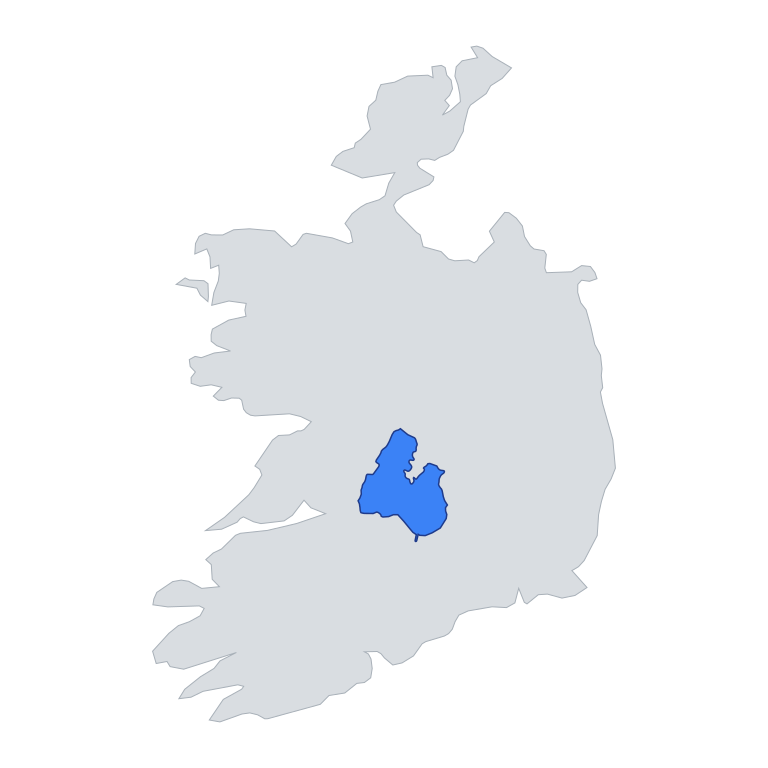 where North Tipperary sits in Ireland
{"feature_id": "IRL-724", "entity_name": "North Tipperary", "entity_type": "County", "adm_level": 1, "iso_a3": "IRL", "parent_name": "Ireland", "parent_adm1": "", "projection": "albers", "projection_center": [-8.01, 52.847], "detail": "fine", "context": "in_parent", "style": "filled", "palette": "blue", "viewbox_px": 768, "rotation_deg": 0, "n_neighbors": 0, "source": "natural_earth", "source_scale": "10m", "svg_char_len": 6479}
<svg xmlns="http://www.w3.org/2000/svg" viewBox="0 0 768 768"><path d="M486.2,93.6L470.5,105.0L468.1,109.2L463.8,126.4L463.3,131.3L453.5,150.3L447.9,154.2L439.5,157.4L434.7,160.4L428.7,158.9L421.1,159.2L417.3,162.6L417.5,165.2L419.8,168.2L433.9,176.9L433.1,180.5L429.1,184.7L403.8,195.0L396.3,201.1L393.6,205.2L396.3,212.0L416.6,232.5L420.1,234.8L423.1,246.7L441.1,251.6L448.5,259.0L454.8,260.8L468.6,260.0L474.2,262.8L477.3,260.6L479.0,256.7L494.3,242.0L489.4,231.2L504.7,212.4L508.9,212.7L516.3,218.2L522.4,226.0L524.5,236.5L530.3,245.8L534.0,249.0L544.0,250.7L546.3,254.4L544.8,268.1L546.4,272.7L571.6,271.8L581.6,265.6L590.4,266.5L594.9,272.5L597.0,278.7L589.5,281.3L581.6,280.2L577.8,284.4L577.7,292.4L580.7,302.7L586.1,309.8L590.7,326.2L594.7,344.4L600.5,355.2L602.0,368.9L601.3,375.6L602.7,387.7L600.4,392.0L602.5,403.3L612.8,439.7L615.4,468.2L611.1,479.0L605.1,489.3L601.4,501.5L598.6,514.6L597.2,535.6L584.2,560.5L578.5,566.7L571.9,570.6L587.0,587.5L575.1,595.4L562.0,598.1L547.4,594.1L538.3,594.7L527.0,603.9L524.3,602.3L518.7,588.3L514.9,602.9L506.5,607.6L492.1,606.8L468.2,610.9L458.9,615.1L455.1,621.6L452.3,629.2L448.6,633.6L444.4,636.0L425.8,641.6L422.1,643.8L413.5,655.9L402.1,662.9L392.8,665.0L384.4,657.9L381.0,653.7L377.2,651.5L364.4,651.8L368.4,654.0L371.0,659.0L372.2,668.5L370.7,677.8L364.4,682.5L356.8,683.4L344.8,693.0L329.0,695.5L320.3,704.3L267.8,718.7L264.8,718.8L257.6,714.8L249.8,712.9L242.0,714.0L219.9,721.9L209.3,720.0L223.3,699.4L241.7,689.2L243.7,686.3L237.8,684.8L203.1,691.3L191.0,697.2L178.9,698.7L184.7,689.3L200.5,676.7L214.1,668.4L220.0,660.9L236.4,652.5L183.7,669.2L170.1,666.6L167.0,661.5L156.2,663.5L152.6,651.2L168.9,633.3L178.4,625.6L189.4,621.7L200.1,615.8L204.2,608.4L199.3,605.9L167.8,606.9L152.9,604.8L153.9,598.9L156.8,592.4L172.7,581.6L181.2,580.1L188.7,581.3L201.7,588.4L219.4,586.7L212.2,579.3L211.3,564.6L205.8,559.6L213.2,553.0L221.5,549.0L235.5,535.3L240.4,533.3L267.5,530.4L296.7,523.5L325.6,513.7L310.9,507.8L304.0,500.2L292.4,515.3L284.1,520.9L260.9,523.6L253.6,521.8L243.4,516.9L240.2,518.6L237.1,522.2L221.6,529.2L205.5,530.6L224.5,517.4L248.8,494.8L254.2,487.6L261.9,475.0L259.7,469.3L254.9,466.0L272.5,440.1L278.5,435.5L289.5,434.9L297.5,430.9L301.0,430.9L304.2,429.4L311.3,421.7L300.6,416.5L289.5,413.8L255.0,415.9L250.5,415.2L246.3,412.7L243.6,409.2L241.7,400.2L239.2,398.2L231.5,398.0L223.8,400.6L218.4,400.2L213.3,396.1L221.9,387.3L211.2,384.8L200.2,386.3L191.2,383.3L191.1,377.6L195.4,372.0L190.2,366.5L189.3,359.6L195.1,356.4L201.3,357.7L214.2,353.0L230.5,351.0L216.7,345.6L211.2,341.2L211.1,334.7L212.4,329.1L228.7,320.1L246.0,316.3L244.9,310.1L246.2,303.4L228.9,301.0L211.7,305.3L213.9,292.5L218.3,281.0L219.3,273.4L218.7,265.2L210.6,268.4L210.0,256.9L206.8,248.9L194.8,254.0L195.5,243.5L199.1,236.3L205.3,233.3L211.4,234.9L222.7,235.0L233.7,229.8L249.5,228.8L274.6,231.0L291.6,246.8L296.1,244.1L303.1,234.4L306.4,233.3L332.3,237.9L348.4,243.7L352.8,242.0L350.5,231.1L345.0,223.5L352.1,213.7L360.6,207.1L366.3,203.8L379.3,199.7L385.0,195.8L388.8,183.1L394.8,172.6L362.2,178.0L331.3,165.2L336.3,156.4L342.9,151.4L354.2,147.7L355.3,143.1L361.0,139.3L370.5,129.2L367.1,116.0L369.0,106.4L375.8,100.2L377.9,91.2L380.9,84.6L394.6,82.2L407.7,76.1L427.9,75.2L433.1,77.7L431.9,66.8L441.4,65.4L445.1,67.5L446.8,75.2L451.1,80.1L452.5,88.7L449.6,95.3L444.8,100.4L449.3,105.6L442.4,115.1L449.9,111.0L460.4,101.7L459.8,94.2L457.9,84.7L454.9,76.2L456.2,66.8L462.1,60.8L477.6,57.7L471.1,47.1L476.8,46.1L483.0,48.2L492.1,56.5L511.5,67.9L502.2,78.4L490.7,85.7L486.2,93.6ZM208.4,296.6L207.9,301.6L200.4,295.1L196.9,288.2L176.2,284.4L185.1,277.9L189.3,280.0L203.9,280.7L208.0,283.7L208.4,296.6Z" fill="#d9dde1" stroke="#a8b0b8" stroke-width="1"/><path d="M436.8,466.0L437.9,468.0L438.6,468.9L439.0,469.3L439.9,469.9L440.5,470.2L443.4,470.6L444.0,470.8L444.3,471.2L444.4,471.8L444.1,472.5L443.7,473.1L441.8,474.5L441.0,475.3L440.7,475.7L439.6,477.9L439.3,478.7L439.1,479.8L439.0,481.9L438.6,483.8L438.6,484.6L438.9,485.6L439.9,487.2L440.6,488.1L441.5,489.1L442.2,490.9L443.3,496.6L444.4,500.0L445.0,501.2L447.4,505.0L445.5,507.7L445.6,511.1L446.8,514.5L446.2,518.6L440.3,528.0L432.2,532.8L425.2,535.6L419.7,535.3L418.2,534.3L416.7,540.7L416.3,541.3L415.7,541.5L415.3,541.3L415.1,540.5L416.3,534.6L413.0,532.4L411.0,530.1L403.7,521.2L397.8,514.7L393.4,514.7L388.6,516.6L382.9,517.0L381.3,516.3L381.1,515.7L380.8,514.8L380.1,513.9L378.4,512.6L377.4,512.2L376.5,512.1L373.2,513.5L364.2,513.4L362.1,513.0L360.9,512.6L360.3,510.8L360.2,510.1L359.9,506.8L359.8,506.5L359.7,505.9L359.5,504.2L359.1,503.1L358.1,500.8L359.9,498.0L361.3,494.2L361.1,490.1L362.2,487.1L362.2,486.2L362.5,485.3L362.7,484.6L364.7,481.7L365.1,480.7L365.5,479.6L366.2,476.1L366.6,475.0L367.2,474.4L367.8,474.3L372.2,474.5L372.8,474.4L373.5,473.8L378.6,466.8L379.0,465.8L379.2,465.0L379.0,464.4L378.7,463.9L378.2,463.6L376.7,462.6L375.9,461.7L376.3,460.1L379.7,455.1L381.0,452.6L381.3,451.2L381.9,450.4L382.8,449.4L385.7,447.2L386.7,446.0L387.6,444.6L389.3,441.4L392.2,434.5L394.0,431.7L396.1,430.6L398.5,430.0L400.4,428.7L407.8,434.7L414.5,437.8L415.0,438.4L415.5,439.1L416.0,440.5L416.5,442.2L416.7,442.8L417.1,443.9L417.1,444.5L417.1,444.9L416.9,445.3L416.5,446.3L416.3,446.9L416.2,447.6L416.1,448.3L416.2,449.7L416.1,450.4L415.9,451.0L415.5,451.4L415.0,451.6L413.7,451.9L413.2,452.2L412.9,452.7L412.7,453.3L412.5,454.0L412.4,454.7L412.4,455.3L412.5,456.0L412.7,456.6L412.9,457.2L413.5,458.0L413.7,458.4L413.9,458.7L414.1,459.1L414.0,459.7L413.7,460.1L413.2,460.3L412.6,460.3L410.6,460.0L410.0,460.1L409.5,460.4L409.2,460.8L409.0,461.4L408.9,462.0L409.1,462.6L409.3,463.1L410.9,465.0L411.3,465.7L411.6,466.3L411.7,467.0L411.6,467.6L411.4,468.2L411.1,468.7L410.7,469.4L410.1,470.1L409.2,470.9L408.8,471.1L408.4,471.2L407.9,471.2L407.4,471.1L405.8,470.3L405.2,470.1L404.6,470.0L404.1,470.3L403.8,470.7L403.8,471.3L404.0,471.8L404.2,472.2L404.9,473.2L405.2,473.8L405.2,474.4L405.1,475.7L405.2,476.4L405.4,476.9L405.8,477.4L406.2,477.9L406.9,478.4L408.9,479.2L409.3,479.5L409.5,480.0L409.7,480.7L409.7,481.3L410.0,482.1L410.6,483.6L411.1,483.9L412.0,483.9L413.3,482.6L413.8,481.6L414.0,480.7L413.4,478.3L413.5,477.8L413.7,477.5L414.3,477.8L415.2,478.7L415.6,479.0L416.1,479.1L416.8,478.7L418.5,476.3L419.9,474.9L423.4,472.0L423.6,471.7L424.1,470.8L424.3,470.3L424.4,469.7L424.3,469.2L424.0,468.7L423.7,468.4L423.5,468.1L423.7,467.7L424.3,467.1L425.7,466.3L426.9,465.2L427.9,463.7L429.9,463.5L436.8,466.0Z" fill="#3b82f6" stroke="#1e3a8a" stroke-width="1.5"/></svg>